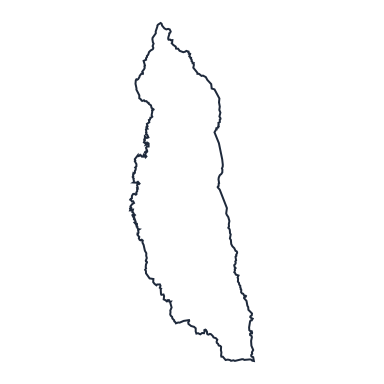 the district of Barue, Manica, Mozambique
{"feature_id": "85939544B78941967379031", "entity_name": "Barue", "entity_type": "district", "adm_level": 2, "iso_a3": "MOZ", "parent_name": "Mozambique", "parent_adm1": "Manica", "projection": "natural_earth1", "projection_center": [33.195, -17.955], "detail": "fine", "context": "isolated", "style": "outline", "palette": "slate", "viewbox_px": 384, "rotation_deg": 0, "n_neighbors": 0, "source": "geoboundaries", "source_scale": "gbopen_adm2", "svg_char_len": 6029}
<svg xmlns="http://www.w3.org/2000/svg" viewBox="0 0 384 384"><path d="M214.5,89.4L211.7,88.5L211.2,84.1L207.4,80.0L205.8,77.1L203.0,75.6L201.5,75.9L199.1,73.9L197.4,73.8L197.4,72.8L193.3,67.7L193.9,64.9L193.5,63.8L193.7,63.2L192.6,63.2L192.5,62.2L191.5,61.0L191.8,60.1L191.1,59.1L191.1,58.0L190.5,58.1L190.1,57.0L189.3,56.4L190.1,54.1L189.2,53.9L189.5,53.4L188.3,52.5L188.5,51.6L186.3,50.9L185.4,51.6L183.3,52.2L179.6,50.8L178.1,48.7L176.1,48.6L175.7,46.6L173.2,44.9L171.7,43.2L172.1,42.6L172.4,40.1L170.6,40.2L170.1,39.6L168.6,39.7L168.2,38.9L168.3,37.4L169.3,34.3L169.2,33.4L170.2,32.7L170.7,31.5L169.7,29.4L168.1,28.9L166.3,29.4L164.4,28.4L162.1,25.6L161.6,23.8L160.6,23.0L158.0,24.7L157.4,25.5L157.4,26.4L155.7,31.4L155.8,33.3L152.6,37.8L152.4,39.2L152.9,42.3L153.6,43.6L152.6,46.1L153.3,47.7L153.2,48.5L152.7,49.3L150.7,50.4L149.0,52.1L148.2,54.7L146.9,56.0L147.0,57.0L146.0,58.2L146.1,59.7L143.6,60.9L145.0,65.7L144.4,66.2L144.7,67.9L144.1,69.2L142.3,71.6L143.0,73.0L142.8,73.9L141.5,73.6L139.7,75.8L139.5,76.9L138.2,79.1L137.3,79.7L136.4,79.3L135.8,80.3L135.5,83.8L136.5,88.4L136.4,89.6L139.3,95.3L139.3,98.3L140.7,99.2L141.7,100.7L142.5,100.9L144.0,100.3L144.8,101.2L146.5,101.2L147.7,102.7L148.6,102.8L148.9,103.9L151.0,105.4L151.5,107.8L153.6,109.4L153.4,109.8L152.2,109.9L152.0,110.5L152.3,111.6L151.6,115.2L152.3,116.7L151.1,117.7L150.4,117.7L149.9,119.7L148.9,120.0L149.3,122.3L146.9,123.9L147.5,126.2L146.6,126.5L146.4,127.2L147.1,127.7L147.5,128.7L146.3,128.8L145.9,129.5L146.3,131.2L146.0,132.4L146.5,132.8L145.9,134.5L147.2,134.8L148.4,137.4L146.9,138.0L144.9,136.6L144.9,139.1L144.2,139.4L144.2,140.1L144.8,140.6L143.9,142.3L145.1,143.2L146.0,142.8L146.3,144.0L145.9,144.7L147.7,144.1L147.9,143.0L148.6,143.5L148.6,146.5L146.8,146.6L146.0,147.9L146.6,149.4L146.4,150.8L147.1,150.7L147.2,151.6L146.3,152.5L145.1,152.1L144.9,152.5L145.6,153.3L145.3,155.1L146.4,156.4L145.5,157.4L143.9,155.3L143.8,156.3L143.3,156.7L141.9,156.6L141.6,155.6L140.8,155.7L140.1,154.9L138.9,156.1L137.9,156.2L137.8,155.3L134.8,159.2L135.3,160.7L134.8,161.2L136.4,164.1L136.4,166.3L135.2,167.5L135.8,168.1L135.6,169.8L134.9,170.9L134.9,172.8L133.9,173.6L133.4,173.2L133.3,173.6L133.8,173.9L133.0,175.0L133.3,176.4L132.7,177.0L133.7,178.5L133.4,178.9L133.8,180.3L133.9,182.2L133.4,182.5L136.5,182.7L137.9,181.8L139.5,183.6L139.0,184.1L137.7,183.6L137.4,183.9L137.1,185.5L137.7,187.3L137.1,187.8L137.8,188.8L137.1,189.1L137.2,191.2L136.3,192.4L136.5,194.1L135.8,194.7L134.1,193.8L133.0,194.1L131.9,196.0L131.9,198.3L130.7,198.9L130.2,199.7L131.3,200.3L131.8,201.4L133.2,201.3L134.0,203.0L132.1,204.2L130.5,206.3L130.4,206.8L131.2,207.6L130.6,208.6L130.1,208.7L130.4,209.7L130.1,210.4L131.1,210.4L131.8,209.4L133.0,209.5L132.3,212.0L133.2,212.5L133.6,213.7L134.9,215.0L133.6,216.0L133.2,215.6L133.5,214.9L132.5,214.9L132.4,215.3L133.5,217.3L134.2,217.4L133.9,219.2L134.2,219.5L134.8,219.3L135.7,221.9L134.5,222.5L135.2,223.3L135.7,223.2L135.8,223.9L136.9,223.9L137.0,224.9L136.3,225.1L136.7,226.7L137.4,226.9L137.4,227.9L138.2,229.1L139.3,229.3L138.1,230.1L138.5,232.6L138.0,233.9L137.5,233.7L137.4,234.7L139.3,237.0L138.8,238.2L139.6,239.8L140.4,240.3L141.7,239.7L142.6,240.4L142.2,240.8L142.6,241.5L142.5,242.7L143.6,244.9L144.9,250.7L146.3,253.2L146.2,255.8L146.8,258.0L145.8,260.7L146.0,261.4L146.8,261.7L147.0,262.4L146.0,264.3L145.7,267.2L146.1,268.3L145.1,269.8L145.9,270.9L146.0,273.3L149.6,278.4L153.4,279.0L153.2,282.1L154.5,283.8L156.4,285.3L157.1,284.5L159.9,284.4L160.5,285.8L159.8,287.8L161.0,288.7L160.7,289.0L161.0,294.0L161.4,294.8L163.5,294.5L164.1,296.1L163.7,299.4L165.7,300.3L166.7,301.4L167.2,301.3L167.6,300.2L168.9,300.1L169.3,301.5L170.9,301.5L170.2,302.5L171.6,307.5L170.3,310.5L170.5,312.1L170.2,314.3L170.7,315.6L172.1,316.9L172.4,318.5L174.2,320.3L174.3,321.4L175.4,322.2L175.9,323.3L178.2,322.5L179.7,322.6L183.7,320.9L189.0,320.1L189.2,320.9L188.2,322.4L188.5,324.0L191.1,326.0L194.0,326.8L195.7,328.3L195.7,331.5L196.4,333.6L198.0,333.2L200.3,334.3L202.1,333.0L204.0,333.2L204.6,331.3L204.3,330.2L205.3,329.6L205.9,329.9L207.0,331.8L207.1,333.6L207.5,334.3L208.6,334.6L209.8,333.9L210.8,334.1L212.7,335.9L213.5,337.4L215.9,338.2L217.3,339.7L216.6,341.6L216.8,342.8L218.1,343.9L218.7,345.5L220.3,345.9L221.1,346.8L220.9,350.1L221.4,352.4L221.1,355.6L221.4,356.7L222.8,356.7L225.6,360.0L227.8,359.6L229.9,360.0L231.0,360.8L233.5,360.3L234.9,360.9L242.1,359.2L243.3,359.3L244.3,359.9L250.0,359.4L251.3,359.7L252.3,360.7L253.9,361.0L253.2,357.2L251.7,356.6L251.2,355.9L251.3,354.8L252.2,353.8L251.9,352.3L253.2,350.0L251.4,345.7L251.1,340.9L251.9,337.1L251.4,335.7L250.2,335.2L250.0,334.0L250.6,333.2L252.0,333.3L252.1,332.5L251.7,331.2L250.3,331.1L249.3,330.2L249.1,327.4L250.1,321.3L250.7,320.4L251.7,320.4L252.7,318.7L250.9,317.8L250.2,317.0L250.5,316.2L251.7,315.4L252.0,313.5L248.4,309.8L248.2,307.1L247.4,305.8L246.5,300.9L244.1,298.2L244.1,297.5L245.7,296.7L246.0,296.0L245.6,295.7L244.3,295.8L243.2,293.8L242.0,293.4L241.1,292.2L241.3,289.9L240.7,289.3L240.8,288.3L240.2,287.4L240.3,285.9L239.2,284.6L239.0,283.0L237.9,281.6L238.1,278.8L237.6,277.5L238.5,275.5L235.8,274.6L235.1,273.0L234.3,272.3L235.0,270.2L234.7,269.2L235.6,268.1L234.6,267.0L234.2,265.2L235.3,264.0L235.7,262.9L235.3,261.4L236.1,260.4L235.5,256.8L236.4,255.8L236.1,255.0L237.1,253.0L237.1,252.1L236.6,251.3L235.5,250.8L234.3,248.2L232.4,246.3L231.2,244.0L230.9,240.0L229.9,238.5L230.7,234.4L230.0,233.1L229.8,230.0L229.2,228.6L228.3,227.8L229.0,226.3L228.8,224.2L229.4,221.1L228.3,217.1L226.7,214.7L226.2,213.4L226.9,208.1L219.7,189.6L217.7,187.3L217.8,186.6L218.6,186.0L218.7,183.5L219.1,183.2L218.5,179.4L218.8,177.4L219.8,175.2L221.3,174.0L222.3,172.4L222.4,169.6L221.9,168.5L222.7,166.7L222.8,164.7L222.2,159.3L218.9,143.2L214.5,132.3L216.1,129.5L216.6,129.4L216.3,128.3L218.2,127.5L218.0,126.9L218.8,126.2L218.3,125.1L218.7,124.5L218.4,122.9L219.8,122.1L219.8,119.5L220.4,119.1L220.5,118.3L219.4,116.5L220.4,112.6L219.3,109.9L219.8,106.6L219.0,102.4L219.4,98.5L214.5,89.4Z" fill="none" stroke="#1e293b" stroke-width="2"/></svg>